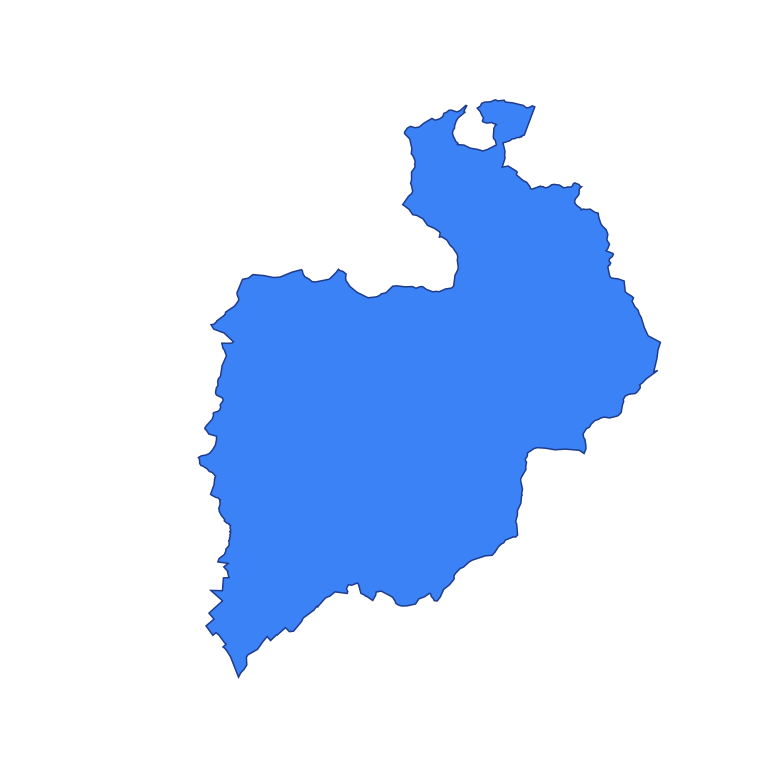 Gheorgheni, Harghita, Romania (Natural Earth projection), rotated 333°
{"feature_id": "2599482B22806778816742", "entity_name": "Gheorgheni", "entity_type": "district", "adm_level": 2, "iso_a3": "ROU", "parent_name": "Romania", "parent_adm1": "Harghita", "projection": "natural_earth1", "projection_center": [25.7, 46.772], "detail": "fine", "context": "isolated", "style": "filled", "palette": "blue", "viewbox_px": 768, "rotation_deg": 333, "n_neighbors": 0, "source": "geoboundaries", "source_scale": "gbopen_adm2", "svg_char_len": 6171}
<svg xmlns="http://www.w3.org/2000/svg" viewBox="0 0 768 768"><g transform="rotate(333 384 384)"><path d="M121.3,579.2L125.3,576.3L129.8,574.7L134.2,572.0L137.4,564.9L139.9,563.5L150.8,563.0L159.9,558.2L165.3,556.0L166.4,561.1L174.4,558.7L174.7,559.2L185.6,556.4L187.3,561.7L191.1,563.2L202.9,558.1L205.8,555.8L219.0,553.6L223.0,551.6L223.7,552.6L224.3,551.7L224.8,552.0L234.7,548.0L239.5,548.4L246.0,547.0L256.1,553.9L257.4,552.6L257.6,549.8L258.3,548.7L261.1,546.7L263.8,548.6L270.1,549.3L270.3,551.0L268.4,560.0L270.9,563.4L271.3,564.7L272.3,565.6L275.7,571.8L280.7,568.4L282.6,565.8L287.5,567.3L294.1,576.6L294.9,578.3L295.3,582.5L295.0,585.0L296.8,587.8L299.1,589.9L304.0,592.2L312.2,594.3L317.5,591.3L323.6,592.0L329.7,591.2L330.3,592.3L329.7,595.0L330.5,597.5L330.4,599.8L332.9,601.5L337.5,599.3L343.9,594.1L351.2,592.6L357.3,590.0L358.4,589.0L358.9,587.0L361.3,585.4L367.8,583.0L371.9,583.2L378.8,581.3L382.4,581.0L396.0,583.0L402.6,585.7L406.4,584.3L411.8,581.1L415.5,579.9L418.8,579.8L421.2,578.2L429.6,578.9L431.9,580.1L434.5,579.2L438.6,569.1L438.9,566.3L443.4,561.3L445.5,557.3L451.7,552.5L455.8,546.1L456.6,545.8L456.8,544.4L459.7,540.5L462.1,531.4L464.0,529.5L471.7,524.6L472.7,522.1L475.5,518.4L475.3,516.5L476.0,514.8L478.2,513.9L479.7,512.3L480.5,510.6L488.5,509.6L491.7,510.3L498.7,514.5L506.4,520.2L516.1,524.4L527.9,531.7L530.7,536.8L534.4,533.6L535.9,530.6L537.9,524.5L537.6,522.6L538.7,518.9L544.0,515.7L547.4,515.7L550.4,513.8L555.4,512.3L559.0,512.9L561.8,512.7L565.2,513.5L569.7,516.7L577.6,518.5L579.7,518.1L582.4,517.0L587.0,510.9L589.6,508.4L590.3,506.3L593.4,504.3L597.5,504.3L603.5,506.5L605.5,506.2L610.2,504.1L611.4,501.9L611.2,500.9L614.6,500.3L619.9,498.5L634.0,496.2L629.9,495.6L639.2,484.6L643.6,478.1L649.2,472.4L641.2,460.9L641.6,451.7L643.4,441.4L643.2,437.3L643.9,433.6L642.6,429.3L642.6,422.8L645.4,420.6L644.7,418.5L641.4,413.0L640.9,411.2L644.7,401.2L640.2,396.5L634.9,393.0L634.3,391.8L634.2,390.0L636.6,381.3L637.9,380.4L638.9,380.6L640.9,379.1L640.4,376.5L642.0,374.7L645.0,374.2L647.1,372.8L647.3,371.7L642.3,366.1L644.7,365.1L648.4,361.8L648.0,356.7L651.4,352.3L652.0,347.3L650.3,342.4L650.0,339.2L651.1,332.8L652.4,328.9L649.9,326.8L647.1,321.8L643.1,320.2L641.0,318.6L638.7,318.3L639.1,316.9L637.1,313.2L636.3,310.4L636.5,308.3L638.2,306.2L643.8,303.6L646.5,298.9L649.6,297.9L648.6,297.1L648.2,294.7L645.3,291.4L643.6,291.5L641.9,293.0L639.7,293.4L637.5,291.9L635.1,291.5L632.3,290.1L632.3,289.2L630.6,286.4L626.1,283.3L623.7,282.6L620.1,283.2L617.8,282.8L616.8,282.5L615.3,280.3L613.5,279.6L613.3,278.7L604.3,277.6L603.2,276.3L603.6,274.2L602.7,269.0L600.1,265.4L597.0,257.9L597.5,256.8L598.8,255.8L598.8,254.8L593.6,246.2L587.8,244.4L594.5,237.6L595.1,235.4L597.4,231.7L599.5,223.2L606.5,224.4L609.4,223.8L612.0,224.8L613.9,224.6L616.7,225.9L618.4,225.5L618.5,226.2L620.5,225.6L622.0,225.9L644.2,205.5L642.3,203.4L639.2,203.6L636.7,202.8L635.8,201.8L634.8,199.2L626.0,191.7L621.5,188.8L619.9,187.3L619.9,185.7L613.7,183.3L612.6,181.6L611.5,181.2L607.0,180.9L601.5,178.5L598.4,178.3L595.9,180.1L592.3,180.5L593.4,185.2L593.1,188.8L593.4,192.0L591.1,194.3L591.1,195.2L594.0,198.2L598.7,199.9L599.8,201.7L601.5,203.0L601.9,204.1L600.5,204.1L598.0,206.1L593.5,213.6L593.1,215.2L593.8,217.2L592.7,222.0L582.3,222.0L577.8,221.2L574.1,217.6L567.9,213.0L563.7,207.4L558.1,204.0L559.2,203.0L558.1,200.4L558.3,194.5L558.9,191.5L560.8,189.2L562.9,188.2L564.2,185.9L567.8,182.4L571.0,180.5L579.5,178.6L579.1,177.2L584.0,173.6L583.4,172.9L576.2,174.9L573.2,174.8L572.2,174.4L568.2,170.4L566.1,169.6L563.0,170.3L560.0,170.0L558.1,172.3L554.3,173.0L549.4,172.2L547.3,169.1L538.0,169.7L532.2,171.0L528.2,169.9L524.6,166.5L520.9,166.6L516.8,168.8L516.0,170.2L518.1,177.0L517.8,179.0L515.7,186.8L512.8,191.4L513.4,193.4L513.1,198.5L512.5,200.6L510.9,202.3L510.8,203.8L509.3,205.3L504.7,207.7L501.2,214.7L498.6,217.5L498.8,218.9L497.0,225.4L494.9,226.9L491.0,227.9L482.1,232.7L485.6,239.6L486.5,246.2L489.8,248.7L493.7,254.5L494.8,262.5L499.6,268.2L502.5,273.6L502.5,275.2L500.0,278.3L502.2,278.9L505.4,284.4L505.9,290.6L507.2,293.9L508.1,301.6L507.3,304.5L505.5,306.9L503.4,313.1L501.9,315.5L496.5,319.5L490.5,328.4L487.8,329.2L481.8,327.2L475.3,326.9L472.3,325.0L469.3,324.0L464.7,318.9L462.6,314.7L460.3,313.7L455.9,313.2L453.6,310.1L446.7,306.9L440.1,302.4L436.2,300.8L427.1,303.6L422.5,302.4L420.4,303.1L416.7,302.9L408.9,299.9L401.6,290.1L398.0,281.8L397.1,274.4L398.3,271.4L400.2,268.8L398.5,265.0L396.2,262.9L395.6,261.1L391.7,263.0L382.9,265.8L369.3,262.0L366.3,260.1L365.0,256.7L362.0,252.2L362.0,248.2L362.7,245.8L362.2,244.6L353.0,242.6L339.7,241.5L333.8,238.9L326.1,232.8L316.9,227.0L311.2,228.1L305.5,226.5L294.3,236.1L293.5,238.7L293.4,241.7L292.2,243.7L286.4,246.7L275.4,248.1L274.3,249.7L271.9,250.5L263.8,251.8L263.0,252.5L259.2,253.5L256.8,252.6L257.2,257.8L264.7,266.0L269.0,278.1L267.2,278.4L264.4,277.4L258.0,274.0L256.8,278.9L257.1,281.7L256.4,287.4L248.2,294.0L241.7,303.0L239.1,304.0L237.3,305.7L235.5,309.8L232.7,311.5L230.1,315.0L229.6,316.6L229.9,318.1L233.4,322.5L233.7,324.3L232.9,326.0L228.6,328.1L227.9,330.6L225.9,332.4L223.5,333.0L219.4,332.2L218.2,332.9L218.0,334.4L214.8,337.5L206.8,340.5L204.4,341.9L204.1,343.1L204.8,345.0L205.2,349.1L211.1,354.5L209.3,357.8L206.0,361.9L201.2,364.9L197.0,366.6L193.0,366.4L188.7,365.1L185.2,365.2L185.4,367.2L183.7,371.3L183.9,373.5L185.3,374.9L187.9,379.3L188.7,382.7L190.8,384.7L192.1,389.8L190.5,390.9L186.9,396.5L179.3,403.7L182.5,408.5L184.7,410.4L184.9,412.1L185.6,412.9L184.7,413.4L183.4,416.7L180.2,420.0L179.9,422.0L179.4,422.4L179.4,427.1L180.5,432.3L179.6,433.4L180.7,436.4L182.3,438.1L182.1,439.0L183.0,440.3L181.6,442.2L181.0,444.7L179.4,445.6L180.1,446.4L179.5,447.4L178.3,448.2L177.6,450.2L176.5,450.9L176.4,451.8L174.3,453.4L174.4,454.3L172.7,457.3L170.7,458.5L168.6,459.0L166.8,461.4L164.4,463.4L157.9,464.6L155.2,467.1L163.7,473.1L158.2,474.2L159.7,479.9L159.4,479.9L158.0,486.1L152.9,483.9L146.2,494.8L136.0,489.3L141.7,503.9L124.0,508.7L125.8,516.3L115.6,518.7L117.4,530.2L121.5,529.3L123.0,532.9L124.5,542.4L125.3,544.2L121.1,545.2L122.2,547.2L122.9,551.0L123.4,557.5L121.3,579.2Z" fill="#3b82f6" stroke="#1e3a8a" stroke-width="1.5"/></g></svg>